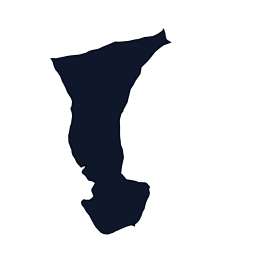 the district of Yagba East, Kogi, Nigeria, rotated 338°
{"feature_id": "59680162B47068494760958", "entity_name": "Yagba East", "entity_type": "district", "adm_level": 2, "iso_a3": "NGA", "parent_name": "Nigeria", "parent_adm1": "Kogi", "projection": "orthographic", "projection_center": [5.772, 8.137], "detail": "fine", "context": "isolated", "style": "filled", "palette": "ink", "viewbox_px": 256, "rotation_deg": 338, "n_neighbors": 0, "source": "geoboundaries", "source_scale": "gbopen_adm2", "svg_char_len": 2120}
<svg xmlns="http://www.w3.org/2000/svg" viewBox="0 0 256 256"><g transform="rotate(338 128 128)"><path d="M83.0,35.2L83.6,38.4L83.1,42.7L83.1,46.1L84.5,51.3L85.2,54.9L85.0,59.7L85.5,64.5L85.7,68.1L85.7,72.4L86.2,75.0L86.9,78.6L86.9,82.2L84.8,86.5L82.6,88.6L82.2,93.3L81.2,96.5L77.4,103.0L75.3,105.3L74.3,107.0L72.7,109.7L70.3,113.0L68.2,119.0L68.0,124.2L68.0,127.3L67.2,130.0L67.0,132.6L67.9,136.6L67.9,139.3L68.2,141.4L70.1,146.5L71.6,146.4L73.7,146.3L74.7,147.7L73.0,149.4L70.7,150.4L69.9,150.9L69.0,152.4L69.9,154.1L71.1,156.2L71.6,158.7L72.1,161.3L73.8,162.5L75.6,163.8L77.0,165.7L77.2,167.6L75.8,168.2L73.9,169.9L72.1,171.0L71.8,171.8L71.2,172.3L71.2,175.8L71.1,178.2L70.6,179.1L68.5,180.0L67.3,180.4L65.2,180.8L61.5,179.3L60.2,178.2L57.8,178.9L57.0,180.4L57.0,182.4L57.9,185.0L58.5,189.8L59.9,194.4L60.5,200.7L61.0,204.6L61.5,207.7L63.7,213.4L64.1,214.4L66.2,216.7L69.8,218.6L73.8,218.7L74.3,218.8L74.5,218.9L77.3,218.5L83.1,218.3L89.4,218.2L94.9,218.7L97.3,220.8L97.7,219.6L101.3,218.4L103.9,216.9L107.0,214.1L109.6,211.0L112.4,208.8L116.0,203.8L118.8,200.9L121.4,198.8L123.3,196.2L123.8,192.8L123.9,192.7L124.9,191.0L125.4,190.8L125.6,190.7L124.3,186.8L123.5,185.6L122.4,185.1L120.0,184.0L117.2,182.8L115.2,180.8L115.0,180.6L111.0,178.0L109.8,177.3L106.7,175.4L105.1,169.9L103.9,167.5L103.9,167.3L107.6,160.7L112.5,153.5L113.7,148.6L114.4,145.9L114.5,140.6L115.6,137.3L116.7,133.1L118.1,129.3L120.4,123.7L122.1,118.8L123.2,116.5L126.7,111.8L128.1,111.0L129.5,110.2L130.2,108.8L132.2,107.3L136.6,103.6L138.4,101.0L141.2,97.2L144.5,92.6L149.1,89.4L152.7,86.2L155.8,84.3L159.3,82.0L162.8,76.2L167.1,74.5L171.1,72.8L176.3,70.0L181.7,66.9L183.7,66.3L188.1,64.9L189.9,64.5L191.9,64.0L199.0,64.2L196.8,61.4L196.3,59.7L196.6,57.3L197.5,53.5L197.7,50.2L197.4,50.4L196.3,51.3L191.1,52.5L185.5,52.8L179.6,51.3L177.7,50.6L171.0,50.1L167.5,49.2L161.1,48.2L157.7,47.2L157.1,47.0L151.9,45.4L148.1,43.7L143.9,43.9L139.8,43.9L134.6,43.9L129.9,44.2L124.0,43.0L120.9,42.7L117.1,43.2L112.9,42.7L110.5,42.5L105.8,41.1L100.6,39.6L92.1,38.0L90.0,37.6L87.8,37.3L83.0,35.2Z" fill="#0f172a" stroke="#020617" stroke-width="1.5"/></g></svg>